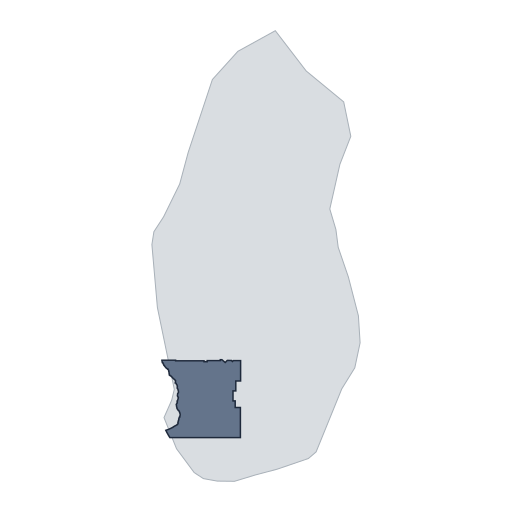 96, Ar Rayyān, Qatar shown in context
{"feature_id": "91078587B9070844542382", "entity_name": "96", "entity_type": "district", "adm_level": 2, "iso_a3": "QAT", "parent_name": "Qatar", "parent_adm1": "Ar Rayyān", "projection": "robinson", "projection_center": [50.859, 24.856], "detail": "fine", "context": "in_parent", "style": "filled", "palette": "slate", "viewbox_px": 512, "rotation_deg": 0, "n_neighbors": 0, "source": "geoboundaries", "source_scale": "gbopen_adm2", "svg_char_len": 4258}
<svg xmlns="http://www.w3.org/2000/svg" viewBox="0 0 512 512"><path d="M277.1,469.2L255.2,475.0L234.5,481.3L217.3,481.1L203.4,478.6L194.2,472.6L176.5,448.7L164.0,417.6L171.7,400.2L174.3,389.4L157.4,307.5L151.9,244.6L153.9,231.7L163.6,216.8L179.7,184.0L188.2,152.4L212.4,79.5L237.9,51.3L275.3,30.7L306.2,71.0L343.7,101.9L350.8,136.3L339.9,164.3L329.8,209.0L335.9,229.5L338.2,247.3L348.4,277.1L358.4,315.8L360.1,342.8L354.8,367.8L341.8,388.8L316.1,451.9L308.4,458.5L277.1,469.2Z" fill="#d9dde1" stroke="#a8b0b8" stroke-width="1"/><path d="M240.4,437.6L240.4,407.5L235.2,407.5L235.2,400.9L233.0,400.9L233.0,390.9L235.8,390.9L235.8,381.0L240.6,381.0L240.6,360.6L233.3,360.6L232.4,361.5L231.5,360.5L227.3,360.4L225.2,362.5L221.9,359.7L220.3,359.7L220.3,360.6L207.2,360.6L207.2,361.7L204.0,361.7L204.0,360.8L175.6,360.8L175.6,360.2L161.9,360.2L161.9,360.6L162.1,360.9L162.1,361.4L162.1,361.8L162.2,362.0L162.3,362.5L162.5,362.6L162.5,362.8L162.8,362.9L162.9,363.0L163.0,363.0L163.2,363.9L163.5,364.1L163.7,364.7L163.7,364.9L163.9,365.3L164.0,365.5L164.4,365.6L164.4,365.8L164.6,366.0L164.8,366.4L164.9,366.5L165.0,366.6L165.2,366.9L165.3,367.0L165.5,367.2L165.7,367.5L165.9,367.6L166.0,367.8L166.3,368.1L166.4,368.3L166.7,368.4L166.9,368.5L167.1,368.6L167.2,368.8L167.3,368.9L167.6,368.9L167.6,369.1L167.8,369.2L167.8,369.3L168.0,369.3L168.0,369.5L168.3,369.7L168.5,370.0L168.6,370.3L168.7,370.6L168.7,371.4L169.0,371.9L169.0,372.2L169.0,372.4L169.0,373.1L169.2,373.3L169.2,374.1L169.3,374.9L169.6,374.9L169.7,375.4L169.8,375.5L170.1,375.6L170.5,375.7L170.6,375.8L170.8,376.0L171.2,376.2L171.2,376.3L171.3,376.3L171.6,376.6L171.7,376.8L171.8,376.9L171.9,377.0L172.0,377.1L172.2,377.3L172.3,377.5L172.5,377.6L172.6,377.9L172.8,378.0L173.1,378.3L173.4,378.7L173.7,378.8L174.0,379.1L174.2,379.3L174.3,379.4L174.6,379.5L174.9,379.9L174.9,380.0L175.0,380.1L175.2,380.3L175.3,380.4L175.4,380.7L175.6,380.8L175.4,382.2L175.2,382.8L175.3,382.8L175.6,383.1L176.0,383.2L176.1,383.3L176.2,383.5L176.3,383.8L176.3,384.1L176.5,384.3L176.6,384.5L176.8,384.7L177.0,384.9L177.1,385.1L177.2,385.4L177.2,385.5L177.1,385.9L177.2,386.0L177.3,386.1L177.4,386.9L177.2,387.3L177.2,388.2L177.3,388.4L177.5,388.5L177.7,388.8L178.0,389.6L178.1,389.8L178.1,390.0L178.1,390.3L178.3,390.8L178.4,391.0L178.4,391.4L178.4,391.5L178.5,392.2L178.5,392.3L178.3,392.7L178.3,392.8L178.1,393.1L177.8,393.3L177.7,393.4L177.6,393.8L177.5,395.1L177.5,395.4L177.4,395.5L177.5,396.2L177.7,396.5L177.8,396.6L178.0,396.7L178.1,397.3L178.1,397.8L178.3,397.8L178.2,398.4L178.2,398.6L178.0,399.2L177.9,399.3L177.8,399.9L177.7,400.0L177.5,400.5L177.4,400.6L177.4,401.0L177.2,401.0L177.2,401.4L177.1,401.5L177.1,401.8L177.2,402.0L177.3,402.1L177.3,402.8L177.1,402.9L177.0,403.2L176.9,403.2L176.8,403.6L176.5,403.9L176.4,404.1L176.2,404.8L176.5,405.1L176.5,406.0L176.6,406.7L176.6,406.8L176.7,407.1L176.8,407.2L176.9,407.4L176.9,407.6L176.9,408.1L177.0,408.2L177.0,408.4L177.1,408.5L177.2,408.8L177.3,408.9L177.4,409.2L177.5,409.3L177.8,409.6L178.0,410.0L178.2,410.4L178.3,410.5L178.6,410.6L178.9,410.8L179.0,410.9L179.0,411.1L179.2,411.4L179.3,411.5L179.5,411.9L179.5,412.1L179.5,412.3L179.7,412.5L179.9,413.0L179.9,413.3L179.9,413.5L180.1,413.8L180.2,414.2L180.2,414.4L180.2,414.5L180.1,414.9L180.0,415.3L180.0,415.5L180.1,415.8L180.0,416.0L179.9,416.2L179.9,416.3L179.8,416.6L179.7,416.7L179.8,416.8L179.8,417.1L179.6,417.2L179.6,417.3L179.4,417.4L179.3,417.5L179.2,417.5L179.1,417.8L179.0,418.1L178.9,418.4L178.9,418.6L178.9,418.8L178.8,419.0L178.8,419.4L178.7,419.4L178.7,419.5L178.7,419.8L178.7,420.0L178.5,420.4L178.4,421.1L178.3,421.3L178.2,421.3L178.2,421.6L177.9,422.3L177.9,422.6L178.0,422.6L178.2,423.0L178.1,423.4L178.0,423.5L177.9,423.8L177.6,424.3L177.3,424.4L177.3,424.6L177.2,424.6L176.8,424.9L176.7,424.9L176.4,425.1L176.0,425.4L175.7,425.6L175.4,425.7L175.0,425.9L174.9,425.9L174.6,426.1L174.2,426.4L173.9,426.5L173.6,426.7L173.3,426.9L173.3,427.0L173.1,427.1L172.8,427.3L172.6,427.4L172.6,427.5L172.1,427.7L171.2,428.1L171.0,428.3L170.9,428.3L170.4,428.5L170.2,428.6L169.9,428.7L169.7,428.8L169.2,429.1L167.8,429.6L167.2,429.8L166.9,429.9L166.5,430.1L166.1,430.2L165.8,430.3L167.0,432.7L168.3,435.0L168.5,435.4L169.9,437.6L240.4,437.6Z" fill="#64748b" stroke="#1e293b" stroke-width="1.5"/></svg>